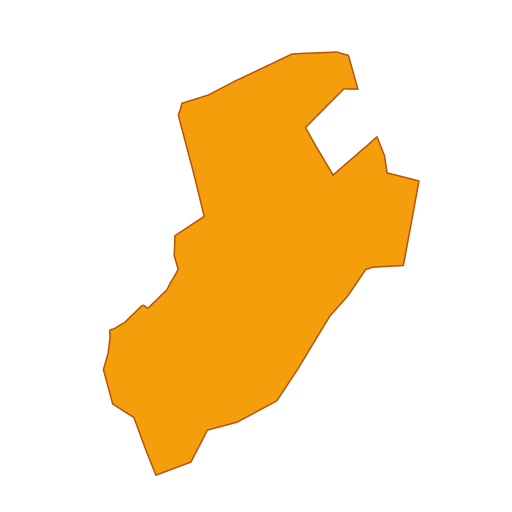 Bayan, Töv, Mongolia (Natural Earth projection), rotated 75°
{"feature_id": "93677404B58656077774503", "entity_name": "Bayan", "entity_type": "district", "adm_level": 2, "iso_a3": "MNG", "parent_name": "Mongolia", "parent_adm1": "Töv", "projection": "natural_earth1", "projection_center": [107.657, 47.138], "detail": "fine", "context": "isolated", "style": "filled", "palette": "amber", "viewbox_px": 512, "rotation_deg": 75, "n_neighbors": 0, "source": "geoboundaries", "source_scale": "gbopen_adm2", "svg_char_len": 2112}
<svg xmlns="http://www.w3.org/2000/svg" viewBox="0 0 512 512"><g transform="rotate(75 256 256)"><path d="M248.2,89.8L225.7,79.2L209.6,107.9L192.4,105.9L172.3,108.3L172.8,109.7L175.2,114.3L176.4,116.8L177.0,117.9L177.2,118.1L179.0,121.9L180.3,124.7L183.3,131.0L184.3,132.8L187.7,139.9L187.8,140.0L188.2,141.0L188.4,141.3L188.5,141.5L188.6,141.8L192.8,150.5L196.8,158.6L197.0,159.2L197.3,159.7L197.8,160.4L197.8,160.7L194.4,161.6L189.5,162.9L188.5,163.2L184.2,164.4L180.3,165.5L180.1,165.5L179.2,165.8L178.7,165.9L177.4,166.3L177.1,166.4L176.8,166.5L176.4,166.6L175.9,166.8L175.7,166.8L166.1,169.5L153.6,172.7L151.5,173.2L144.8,175.0L135.9,160.0L135.6,159.3L135.1,158.4L133.6,155.8L128.9,147.9L126.6,143.9L123.6,138.8L121.6,135.3L119.0,131.0L117.3,127.9L117.6,126.8L119.9,119.2L121.1,114.4L86.2,114.8L79.9,125.2L77.7,135.1L72.0,160.3L70.2,168.8L81.5,230.4L88.2,260.8L88.4,266.2L89.3,288.1L95.3,291.4L99.6,294.6L156.9,294.8L166.6,294.9L204.3,295.8L215.4,329.0L234.5,334.9L248.8,334.6L250.5,336.3L253.8,339.4L255.9,341.5L257.7,343.5L258.6,344.4L259.5,345.5L264.5,349.8L265.2,350.5L265.4,350.7L266.0,351.6L267.3,353.9L268.8,356.7L270.4,359.5L272.5,363.1L273.4,364.6L275.3,368.3L277.4,371.7L278.0,372.8L278.1,373.2L278.1,373.7L278.0,374.2L277.7,374.8L277.3,375.1L276.8,375.5L276.1,375.9L275.5,376.4L275.1,376.8L274.7,377.3L274.5,377.7L274.4,378.2L274.5,378.7L274.7,379.3L275.6,381.2L277.1,383.9L278.5,386.3L280.0,389.0L282.1,392.8L284.8,397.6L286.4,400.5L286.7,401.9L287.5,404.8L288.3,407.7L288.7,408.8L289.5,411.7L289.7,412.6L289.6,413.7L289.5,415.0L289.6,415.5L289.9,416.2L290.2,416.6L290.7,416.9L291.3,417.0L293.0,417.2L294.6,417.5L296.1,417.8L298.6,418.7L300.7,419.6L302.1,420.2L302.3,420.2L305.6,421.5L308.7,422.8L309.0,422.9L309.6,423.2L311.8,424.1L314.4,425.7L317.4,427.5L320.5,429.3L321.9,430.2L325.2,432.2L325.8,432.5L326.3,432.8L327.2,432.8L361.9,432.7L380.5,415.7L414.9,412.6L441.8,409.4L438.2,372.3L420.5,356.0L411.6,348.1L411.6,317.2L401.3,273.4L376.6,245.5L333.4,200.5L318.2,177.5L318.1,177.4L297.4,153.5L297.1,145.7L303.3,116.1L248.2,89.8Z" fill="#f59e0b" stroke="#b45309" stroke-width="1.5"/></g></svg>